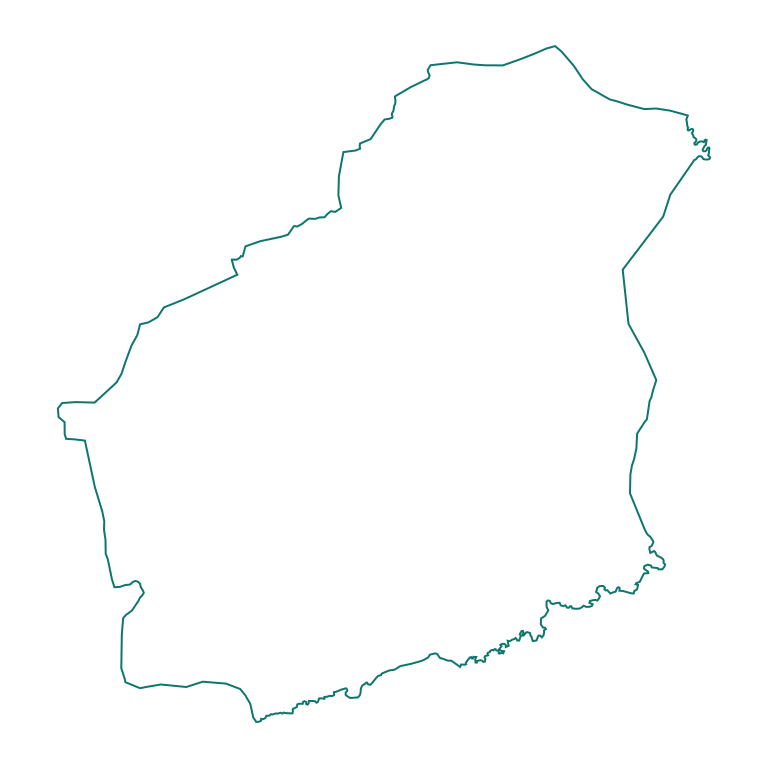 outline of Kafin Hausa, Jigawa, Nigeria
{"feature_id": "59680162B31389051207927", "entity_name": "Kafin Hausa", "entity_type": "district", "adm_level": 2, "iso_a3": "NGA", "parent_name": "Nigeria", "parent_adm1": "Jigawa", "projection": "mercator", "projection_center": [10.036, 12.162], "detail": "fine", "context": "isolated", "style": "outline", "palette": "teal", "viewbox_px": 768, "rotation_deg": 0, "n_neighbors": 0, "source": "geoboundaries", "source_scale": "gbopen_adm2", "svg_char_len": 6090}
<svg xmlns="http://www.w3.org/2000/svg" viewBox="0 0 768 768"><path d="M66.2,438.9L74.1,439.3L84.9,440.6L94.8,486.9L102.2,511.2L104.3,521.4L104.0,529.7L105.5,539.9L105.7,553.9L107.8,559.2L111.9,579.1L114.4,587.2L119.9,586.9L125.4,585.0L128.7,584.7L130.5,584.3L131.9,582.7L134.0,581.4L135.5,581.0L137.9,581.7L140.0,583.6L140.8,587.2L143.0,590.7L143.8,592.8L142.2,595.5L140.0,597.6L138.5,600.8L131.9,610.6L126.2,614.8L123.8,617.3L123.1,618.4L121.8,635.3L121.3,668.2L124.8,679.1L125.4,682.2L140.1,688.2L145.5,687.1L160.8,684.5L186.3,687.0L202.8,681.7L226.0,683.6L240.2,689.0L245.2,695.1L250.3,703.9L253.2,717.3L256.2,721.9L258.8,721.8L261.1,720.7L261.2,718.8L263.2,719.2L265.4,718.0L266.2,715.9L269.6,715.5L270.9,714.2L272.4,714.5L275.4,713.5L277.9,713.6L280.4,712.7L282.4,713.6L283.5,712.6L285.8,713.1L289.3,713.3L292.5,713.3L292.8,711.6L292.8,709.0L296.8,707.0L297.3,704.4L299.2,703.7L302.7,703.8L303.2,701.7L304.4,701.2L306.1,701.9L306.2,704.0L307.6,704.6L308.6,703.4L308.9,700.9L314.8,701.1L316.5,702.7L318.0,701.8L319.0,698.5L321.3,698.3L324.4,698.8L324.4,696.9L326.8,696.8L330.0,695.8L332.1,696.1L334.2,695.0L333.9,692.2L335.6,691.9L338.1,691.0L341.0,689.7L346.0,688.3L347.1,689.5L347.2,691.0L345.7,692.4L345.6,694.8L347.2,696.2L350.3,698.0L357.9,697.4L359.8,695.4L360.6,692.6L360.8,689.0L361.8,686.3L362.9,685.0L365.2,683.8L366.1,682.6L367.2,682.7L368.0,684.3L370.4,684.8L372.4,682.7L376.2,677.9L378.2,675.9L381.1,675.1L381.7,673.6L389.1,670.5L394.6,669.7L400.3,666.1L411.2,663.8L420.8,661.1L423.3,660.2L428.1,657.5L429.9,654.7L434.9,653.4L437.1,653.9L439.0,656.7L440.2,658.1L442.1,658.5L448.0,660.7L451.3,660.7L460.1,666.9L461.1,664.5L465.1,664.7L466.1,664.3L465.8,663.0L468.1,659.5L470.0,657.4L471.0,657.1L471.7,658.4L472.8,658.6L473.3,656.8L476.2,657.0L475.2,659.3L475.5,662.5L476.8,662.6L477.1,660.9L480.5,660.2L482.2,660.7L483.3,661.9L484.9,661.6L485.0,660.3L485.4,658.7L484.5,657.4L485.1,656.1L488.1,655.3L487.4,653.9L487.9,652.7L489.8,652.1L490.3,650.7L492.4,649.9L493.5,650.4L494.5,649.2L495.6,649.2L496.2,650.4L498.0,650.7L498.8,651.8L498.7,653.3L499.9,653.6L501.4,652.7L503.2,653.3L504.0,651.2L501.6,651.0L499.1,649.3L501.5,646.2L500.4,644.8L502.0,644.0L504.2,643.8L505.9,645.2L505.8,647.0L508.7,645.8L508.1,643.4L507.7,640.8L509.3,641.2L510.7,640.7L512.3,639.6L514.3,639.1L515.5,638.0L516.5,638.8L517.2,640.5L519.2,640.5L519.9,638.4L520.7,636.3L519.8,634.2L521.6,631.0L522.9,630.9L523.5,632.7L522.5,634.4L522.2,635.3L522.8,635.7L523.7,635.4L526.3,632.3L527.7,632.2L530.2,633.2L530.4,635.3L531.7,637.1L532.4,640.2L532.9,641.1L536.6,640.4L537.5,637.7L538.5,635.6L540.1,635.6L541.9,637.4L543.6,635.1L544.1,632.3L544.0,630.4L545.9,629.1L545.0,627.7L543.1,627.6L540.9,624.5L540.9,619.6L541.3,618.1L542.6,617.5L545.2,615.7L548.3,610.4L546.6,606.9L546.5,601.7L547.6,600.5L549.8,600.8L550.9,603.3L553.2,604.0L556.4,603.0L559.6,602.8L560.7,605.3L563.1,606.2L565.4,605.3L567.1,607.7L569.0,607.7L570.2,606.2L571.3,606.3L572.3,608.3L575.6,608.8L579.4,608.6L582.0,607.2L583.6,605.7L586.0,606.8L588.9,606.9L591.7,606.1L592.7,604.3L589.4,602.8L590.0,601.0L592.9,600.2L595.6,599.9L597.3,600.6L598.8,598.7L600.0,596.4L598.4,593.6L596.0,591.9L596.9,589.6L597.3,587.7L599.7,586.1L603.3,586.0L604.9,587.6L604.4,589.3L605.5,590.4L607.4,590.2L610.3,593.5L612.5,592.6L615.6,591.6L617.1,588.0L618.4,587.2L619.7,588.1L619.4,590.7L623.1,591.0L630.7,593.2L633.7,593.5L634.3,591.0L636.9,589.5L637.6,587.3L638.0,584.9L635.6,584.3L636.3,583.1L639.7,581.9L643.6,574.1L644.4,573.3L647.1,573.3L648.3,573.1L648.0,571.6L644.1,568.8L643.9,567.6L644.6,565.9L647.8,564.7L650.9,565.5L651.7,567.4L657.7,568.1L658.5,569.4L662.4,569.2L664.5,566.6L665.0,564.3L663.6,562.9L663.6,560.3L663.0,559.1L660.4,557.2L656.9,555.6L655.1,551.9L654.1,551.0L650.3,552.9L649.5,549.7L649.4,547.3L651.8,545.8L653.1,542.8L653.3,541.4L650.4,536.9L647.3,534.3L644.8,529.7L630.0,493.3L630.4,474.4L631.9,465.8L634.2,458.7L636.4,448.3L637.1,433.7L644.7,421.9L646.9,419.3L649.6,401.0L651.3,397.5L653.0,390.5L656.3,380.1L644.3,352.6L628.5,323.9L622.7,269.7L663.2,216.6L670.3,194.7L694.4,159.9L695.5,159.6L696.7,158.5L697.6,157.1L699.0,156.2L700.3,156.2L701.1,156.4L701.9,156.9L703.4,159.1L706.3,159.6L708.9,159.3L709.7,158.7L710.1,157.6L709.6,156.7L708.7,156.0L708.1,155.1L708.6,154.3L708.9,153.1L709.0,151.9L708.8,150.6L709.3,149.5L709.5,148.3L709.0,147.5L707.9,147.7L707.1,148.7L706.3,150.5L705.2,151.2L703.9,151.3L702.9,150.7L702.7,149.4L704.8,145.7L706.0,144.7L706.2,142.4L706.6,140.0L705.5,139.7L704.7,140.2L704.5,141.1L703.9,142.2L702.9,141.6L701.6,141.4L699.8,141.6L698.3,142.3L697.0,144.3L695.7,144.8L694.6,144.4L694.4,142.9L695.2,142.4L695.9,141.5L696.3,140.3L696.3,139.3L695.7,138.6L694.2,137.4L693.5,137.1L693.3,135.7L691.9,132.9L693.0,131.5L693.3,130.1L692.8,129.2L692.2,128.9L691.4,129.0L689.2,130.2L688.3,130.5L687.7,130.0L687.8,128.3L688.2,127.7L687.5,126.7L687.1,124.6L687.0,122.9L686.3,119.7L687.8,115.5L670.0,110.6L656.1,108.5L644.3,109.1L626.8,104.5L617.7,101.5L609.7,99.4L591.5,89.1L582.7,79.2L573.7,65.7L561.8,51.8L555.1,46.1L546.5,48.5L534.2,53.8L518.8,59.8L502.8,65.4L485.2,65.3L473.7,64.5L457.1,62.3L430.6,65.2L427.8,69.8L427.8,71.3L429.6,75.6L428.9,77.9L426.9,79.4L423.1,81.1L410.8,87.1L398.3,94.4L395.0,96.4L395.0,98.2L395.4,99.4L395.4,101.6L395.1,104.3L394.2,105.8L393.4,111.0L393.1,111.3L392.0,113.5L391.8,114.8L392.2,115.7L392.4,116.4L392.4,117.5L392.2,117.8L388.7,118.9L385.0,119.4L384.5,119.6L380.5,124.4L370.6,139.1L360.0,143.5L360.1,144.2L359.7,145.1L359.7,146.3L360.1,148.7L355.6,150.5L343.4,152.1L338.9,176.5L338.4,195.4L341.2,207.9L335.3,211.9L330.9,211.2L327.4,214.0L324.6,217.2L319.2,217.5L315.1,218.9L309.0,218.6L305.9,220.7L302.4,223.7L297.3,226.5L293.9,226.1L288.0,234.7L281.4,236.7L260.6,241.1L245.5,246.3L242.7,256.4L241.3,256.4L240.9,256.1L240.5,256.8L239.5,258.0L236.9,259.6L231.9,259.6L232.0,260.6L233.8,267.5L237.3,274.8L234.9,275.8L183.9,299.4L163.9,307.4L157.5,317.2L148.4,322.4L140.1,324.3L137.3,335.1L131.4,345.8L125.5,361.8L121.5,373.8L116.6,382.4L94.6,402.6L76.0,402.1L62.2,403.0L57.9,408.4L58.6,417.1L64.6,422.2L64.7,434.4L66.2,438.9Z" fill="none" stroke="#0f766e" stroke-width="2"/></svg>